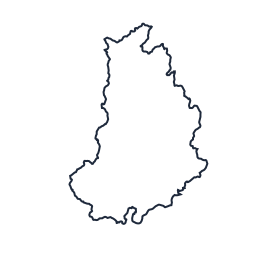 map outline of Jiangxi (Mercator projection), rotated 161°
{"feature_id": "CHN-1817", "entity_name": "Jiangxi", "entity_type": "Province", "adm_level": 1, "iso_a3": "CHN", "parent_name": "China", "parent_adm1": "", "projection": "mercator", "projection_center": [115.66, 27.278], "detail": "fine", "context": "isolated", "style": "outline", "palette": "slate", "viewbox_px": 256, "rotation_deg": 161, "n_neighbors": 0, "source": "natural_earth", "source_scale": "10m", "svg_char_len": 5744}
<svg xmlns="http://www.w3.org/2000/svg" viewBox="0 0 256 256"><g transform="rotate(161 128 128)"><path d="M67.1,191.2L65.4,190.4L65.8,188.3L66.9,186.6L67.0,186.0L66.4,184.5L65.1,183.3L64.6,181.5L64.6,180.7L65.8,178.8L66.5,176.9L67.5,175.7L68.0,174.8L68.0,171.3L68.3,170.4L69.1,169.3L70.1,169.0L71.0,168.0L72.6,167.5L73.5,166.9L73.9,166.4L74.0,166.0L73.7,165.2L72.0,164.6L70.7,165.1L68.9,166.3L68.4,166.3L67.6,165.7L66.3,166.6L65.3,166.3L65.7,165.0L67.5,162.6L68.2,158.7L69.7,156.6L69.8,154.8L70.2,153.0L70.1,152.7L68.0,152.5L67.2,151.6L66.6,151.3L64.4,150.9L63.5,150.1L63.1,148.5L62.5,144.3L63.5,143.0L63.7,141.6L64.3,140.4L64.3,139.8L63.4,139.3L62.8,138.1L61.9,137.0L61.4,135.7L60.4,135.9L60.1,135.3L60.2,133.6L60.9,132.4L62.2,130.8L63.0,129.3L63.1,128.7L63.1,126.9L61.0,126.0L59.9,126.3L58.5,127.3L57.8,127.5L55.8,126.5L55.5,125.9L54.8,120.8L54.3,119.6L54.3,119.1L55.1,117.2L55.9,114.9L58.8,110.4L58.9,109.4L58.7,106.9L59.1,106.0L59.8,105.3L60.9,105.2L62.3,104.6L64.3,104.3L65.0,104.0L67.2,102.3L67.9,101.5L68.0,99.3L68.2,98.7L69.7,97.6L70.3,96.0L72.0,95.5L73.1,94.8L74.5,92.2L74.5,91.5L74.2,90.7L72.7,89.8L73.0,88.1L72.8,87.5L71.2,87.2L70.1,86.0L69.2,85.5L70.6,84.3L70.9,83.8L71.2,81.8L71.2,80.4L71.8,77.9L71.4,76.6L70.9,76.1L68.7,75.0L68.0,73.8L67.6,73.5L66.5,72.7L65.0,72.4L64.7,72.1L64.5,71.5L64.6,68.4L67.4,65.0L69.4,63.7L70.1,63.5L72.0,63.3L73.6,62.6L74.8,62.3L74.8,60.5L74.9,59.7L75.6,58.7L76.2,58.3L76.8,58.5L77.8,59.4L78.9,59.4L80.1,59.2L81.0,59.7L81.4,59.8L86.7,57.7L88.8,57.3L89.2,57.4L89.6,58.2L90.3,58.2L91.5,57.6L92.1,57.1L92.6,55.2L93.9,53.7L93.9,52.7L94.2,52.7L94.9,53.4L95.5,53.5L95.9,52.1L96.5,51.5L99.8,51.6L100.4,52.8L100.9,53.2L101.2,52.7L101.4,51.3L101.7,50.4L100.9,48.9L100.2,48.5L99.9,48.1L102.9,48.3L104.7,48.8L105.7,49.5L107.8,48.6L109.3,47.2L110.0,46.2L110.5,45.0L110.7,43.4L112.1,40.9L113.5,41.2L116.1,41.0L118.6,41.0L119.0,41.2L119.8,42.8L123.2,45.2L124.1,45.5L127.4,45.0L130.8,43.6L131.9,43.5L134.6,43.8L135.4,43.5L136.4,42.8L138.2,41.1L139.2,40.5L141.5,40.3L142.9,39.9L143.3,39.4L143.9,37.8L145.3,35.8L147.0,34.4L148.5,34.2L149.6,34.5L151.2,35.4L153.7,38.0L154.1,39.0L153.4,41.4L151.3,44.8L150.9,45.0L150.5,44.6L150.0,44.6L149.1,46.0L148.1,45.7L147.7,46.3L146.9,49.1L148.3,50.3L149.5,51.9L150.1,51.8L150.4,51.1L150.7,51.0L152.2,51.9L153.7,51.7L156.3,47.9L160.0,46.0L160.2,45.8L160.2,45.1L160.6,43.6L160.1,42.5L159.4,42.2L159.4,41.8L160.3,40.8L161.2,39.3L162.1,38.8L162.9,38.7L163.2,38.7L164.3,39.6L164.4,39.9L164.1,41.1L164.3,41.5L164.8,41.9L165.9,42.1L167.0,41.6L167.3,41.6L168.0,42.3L168.9,41.8L169.6,41.9L169.4,43.8L169.6,44.3L170.5,45.9L171.9,47.7L172.7,48.3L173.3,49.2L173.7,49.5L176.6,49.6L177.9,51.1L178.7,51.5L180.4,51.4L181.6,51.0L184.4,51.8L185.7,51.2L187.0,51.0L188.1,51.3L188.9,51.9L190.6,52.4L190.9,53.2L190.8,54.0L191.0,55.3L191.3,55.8L192.8,56.8L192.9,58.2L192.6,58.9L191.4,60.4L189.6,60.8L189.0,61.2L189.1,62.4L188.9,63.2L187.4,65.7L187.4,66.0L187.7,66.8L189.0,68.1L189.3,68.9L191.3,69.8L194.2,72.1L194.2,73.0L195.2,73.3L195.6,73.8L196.1,74.7L196.5,76.3L198.6,77.5L199.2,80.0L200.2,81.3L199.9,84.2L200.4,85.9L201.1,87.0L201.0,87.4L200.6,87.8L201.4,88.7L201.4,91.8L201.7,93.4L201.6,93.9L200.8,94.9L198.5,96.5L197.9,97.3L198.0,97.8L198.8,98.7L198.3,101.6L196.8,101.8L192.9,103.3L191.6,103.2L191.3,103.4L190.8,104.1L190.1,104.6L189.5,105.4L188.0,105.3L187.1,105.7L185.8,105.7L183.8,106.6L182.0,106.9L181.4,107.5L181.1,108.1L181.0,109.9L180.0,111.0L179.4,111.0L178.6,110.4L177.3,110.2L175.8,109.5L175.3,108.9L174.9,108.0L174.2,107.1L173.8,105.9L173.1,105.6L172.7,105.7L171.7,106.7L170.2,107.3L169.6,108.0L167.9,109.3L167.3,109.5L166.2,109.3L166.0,109.6L166.2,111.6L166.1,112.5L164.2,114.1L162.6,116.4L160.6,119.9L160.6,122.0L161.1,123.5L161.2,124.0L160.4,125.6L160.5,126.9L160.8,127.2L161.4,127.0L161.5,127.9L162.1,128.4L162.1,129.0L160.7,131.3L159.7,132.2L158.7,134.9L155.2,137.8L154.0,137.6L152.5,138.2L150.5,138.3L148.5,139.2L147.9,138.9L147.6,139.0L146.9,139.7L145.9,140.3L143.9,142.8L143.4,146.5L142.7,147.8L142.6,149.0L143.0,150.0L143.5,150.7L143.7,153.2L144.7,154.8L146.1,155.4L145.4,158.6L145.0,159.1L144.5,159.4L144.0,159.2L143.3,158.3L142.6,158.4L139.4,162.4L139.4,163.1L139.6,164.8L139.6,165.6L140.0,166.9L139.4,170.0L138.4,171.3L137.2,173.5L135.5,174.5L133.3,174.9L132.4,175.5L131.5,176.5L131.5,178.1L132.3,179.2L132.3,179.5L130.9,180.1L130.2,181.6L129.2,182.3L128.4,183.9L128.3,184.8L128.8,186.2L127.5,188.8L126.8,192.3L126.8,193.6L126.7,194.2L126.3,195.1L125.5,196.0L124.5,197.6L122.8,198.8L122.7,199.1L123.7,202.6L123.8,204.3L124.1,205.2L123.9,206.0L123.1,206.3L123.1,206.6L124.1,208.0L124.7,209.4L124.3,209.5L122.6,209.3L121.8,209.4L120.8,210.1L120.1,211.2L120.2,212.5L120.0,213.8L120.9,215.4L121.0,217.7L121.5,219.3L121.4,219.6L118.7,220.2L118.2,220.2L117.0,219.0L115.5,218.1L114.0,215.8L112.4,214.8L110.9,212.7L110.1,212.4L107.9,212.9L107.5,213.6L106.5,213.1L105.4,213.2L104.7,213.6L102.9,215.3L102.1,215.6L100.6,215.6L99.3,214.9L98.9,214.9L98.2,215.5L95.5,216.3L94.0,218.6L93.6,218.8L92.8,218.6L92.3,217.8L90.8,217.3L90.2,217.4L89.5,217.8L89.2,219.5L88.7,220.0L87.8,219.9L87.4,219.7L87.1,219.1L86.8,218.9L84.6,220.0L82.3,220.0L81.6,220.4L80.7,221.6L80.3,221.8L79.7,221.7L79.2,221.4L78.4,219.6L76.2,218.6L75.0,217.0L73.0,216.5L72.6,216.0L73.3,215.3L75.6,214.1L77.0,212.7L77.8,210.7L79.0,209.0L79.3,207.1L79.9,205.9L81.8,205.1L84.2,203.3L86.5,202.7L87.6,201.8L88.8,201.6L89.4,201.3L89.4,201.0L88.2,200.3L88.0,199.8L89.0,197.1L88.9,196.0L88.2,195.2L86.5,194.6L85.2,193.7L84.9,193.3L84.6,191.8L83.9,191.5L83.2,191.6L82.3,192.5L80.5,192.4L79.1,194.1L77.3,194.8L76.3,195.5L73.6,195.5L72.1,195.0L71.3,195.0L70.7,195.2L69.5,196.0L68.7,196.3L68.1,196.3L67.7,196.1L67.7,195.7L68.3,194.2L67.9,192.1L68.1,191.1L67.9,190.8L67.1,191.2Z" fill="none" stroke="#1e293b" stroke-width="2"/></g></svg>